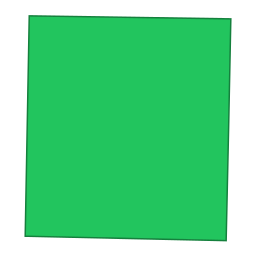 outline of Miner, South Dakota, United States of America, rotated 271°
{"feature_id": "52423323B22522390065313", "entity_name": "Miner", "entity_type": "district", "adm_level": 2, "iso_a3": "USA", "parent_name": "United States of America", "parent_adm1": "South Dakota", "projection": "natural_earth1", "projection_center": [-97.65, 44.022], "detail": "fine", "context": "isolated", "style": "filled", "palette": "green", "viewbox_px": 256, "rotation_deg": 271, "n_neighbors": 0, "source": "geoboundaries", "source_scale": "gbopen_adm2", "svg_char_len": 237}
<svg xmlns="http://www.w3.org/2000/svg" viewBox="0 0 256 256"><g transform="rotate(271 128 128)"><path d="M18.0,27.1L17.1,228.1L128.8,228.6L238.9,228.9L238.4,27.3L18.0,27.1Z" fill="#22c55e" stroke="#15803d" stroke-width="1.5"/></g></svg>